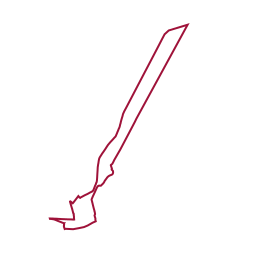 the district of Maadi, Al Qahirah, Egypt, rotated 301°
{"feature_id": "37247803B90563077233192", "entity_name": "Maadi", "entity_type": "district", "adm_level": 2, "iso_a3": "EGY", "parent_name": "Egypt", "parent_adm1": "Al Qahirah", "projection": "equal_earth", "projection_center": [31.283, 29.963], "detail": "fine", "context": "isolated", "style": "outline", "palette": "rose", "viewbox_px": 256, "rotation_deg": 301, "n_neighbors": 0, "source": "geoboundaries", "source_scale": "gbopen_adm2", "svg_char_len": 4428}
<svg xmlns="http://www.w3.org/2000/svg" viewBox="0 0 256 256"><g transform="rotate(301 128 128)"><path d="M8.8,125.8L9.5,126.5L13.0,133.1L16.7,137.3L20.4,141.3L23.7,143.7L28.7,146.5L31.4,148.4L31.5,148.3L32.7,147.2L33.6,146.7L33.9,146.4L34.3,146.0L34.7,145.5L34.8,145.3L35.0,145.2L35.9,144.3L37.0,144.2L37.3,144.1L38.1,143.4L38.8,142.8L39.3,142.3L39.4,142.1L39.6,142.0L39.8,141.8L39.9,141.7L40.0,141.6L40.2,141.4L40.3,141.3L40.5,141.1L40.8,140.8L41.1,140.4L41.5,140.0L41.8,139.7L42.3,139.2L43.0,138.5L43.7,137.8L44.3,137.2L44.8,136.7L45.3,136.3L45.6,135.9L46.1,135.4L46.4,135.2L46.9,134.6L47.1,134.4L47.4,134.1L47.6,133.9L47.8,133.7L48.0,133.6L48.4,133.5L49.0,133.4L49.7,133.3L50.0,133.3L51.0,133.1L52.1,133.0L53.1,132.9L55.0,132.7L56.1,132.6L59.3,132.2L61.5,132.0L61.8,132.0L62.0,132.1L62.4,132.1L62.6,132.2L62.8,132.2L62.9,132.3L63.0,132.4L63.2,132.5L63.3,132.6L63.5,132.7L63.6,132.8L63.7,133.0L63.8,133.0L64.5,134.4L64.6,134.5L67.1,135.1L67.3,135.2L67.8,135.3L68.2,135.3L68.7,135.4L69.3,135.4L70.3,135.3L71.2,135.3L71.7,135.4L72.1,135.4L73.1,135.5L73.8,135.6L74.6,135.6L75.1,135.7L75.7,135.8L76.2,136.0L76.5,136.1L77.2,136.4L77.8,136.8L78.3,137.1L78.6,137.4L78.9,137.6L79.3,137.9L79.7,138.2L80.2,138.4L80.8,138.5L81.1,138.5L81.5,138.4L81.8,138.3L82.1,138.2L82.4,138.0L82.7,137.8L83.0,137.6L83.4,137.2L83.6,136.9L83.6,136.7L83.7,136.4L83.8,136.1L83.8,135.7L84.0,135.4L84.3,135.2L84.6,135.1L84.9,135.1L85.1,135.0L85.2,134.8L85.5,134.4L86.8,132.9L87.2,132.5L87.3,132.4L87.6,132.4L87.9,132.5L88.1,132.7L88.5,132.8L89.2,133.0L89.8,133.0L90.9,132.9L91.6,132.9L92.4,132.8L93.1,132.7L103.6,132.5L104.0,132.5L104.9,132.5L106.9,132.4L121.3,131.6L137.0,130.7L140.2,130.4L247.2,125.9L232.6,112.7L227.2,111.1L221.8,111.4L214.1,111.9L188.7,113.4L185.0,113.6L161.4,115.0L144.5,116.0L140.1,116.2L139.6,116.3L138.5,116.4L137.1,116.6L136.3,116.9L134.9,117.3L133.6,117.6L131.7,118.1L129.6,118.7L128.2,119.2L126.9,119.5L124.8,120.2L123.7,120.4L122.5,120.5L121.4,120.7L120.2,120.9L119.3,121.0L117.6,121.3L116.0,121.5L115.3,121.6L114.5,121.7L114.4,121.7L114.2,121.7L113.8,121.6L113.1,121.4L110.9,121.0L108.9,120.6L107.1,120.2L103.5,119.6L101.8,119.5L98.4,119.4L95.0,119.2L92.6,119.0L91.6,119.0L88.5,118.9L87.3,119.0L86.5,119.2L84.8,119.8L82.2,120.9L81.8,121.0L79.9,121.8L78.9,122.2L75.7,123.9L72.6,125.5L69.4,127.2L67.0,128.4L65.4,129.0L64.6,129.0L64.4,129.1L64.1,129.1L63.9,129.2L63.6,129.3L63.4,129.3L63.1,129.4L61.7,129.5L60.1,129.8L57.7,130.2L56.8,130.3L56.7,130.3L56.2,130.3L55.8,130.2L55.7,130.2L55.4,130.1L55.2,130.0L55.0,129.9L54.9,129.8L54.8,129.7L54.7,129.7L53.3,128.8L51.0,127.5L49.9,126.8L48.6,125.9L47.3,125.1L46.1,124.4L44.6,123.5L43.8,123.0L43.7,123.0L43.7,122.9L43.5,122.7L43.4,122.4L43.5,122.3L44.1,120.5L36.1,119.6L35.0,119.4L35.2,118.3L35.4,116.7L35.6,115.9L35.7,115.7L34.8,116.4L34.0,117.3L33.1,118.2L32.9,118.5L32.4,119.0L30.4,121.2L30.3,121.3L30.0,121.7L29.8,121.8L29.7,122.0L29.3,122.4L28.8,122.9L28.3,123.4L27.8,123.9L27.3,124.4L27.3,124.5L27.2,124.6L27.0,124.8L26.9,124.9L26.8,125.0L26.7,125.1L26.6,125.3L26.5,125.5L26.4,125.5L26.3,125.8L26.2,125.8L26.0,126.0L25.8,126.1L25.6,126.2L25.3,126.4L25.2,126.5L24.9,126.7L24.8,126.8L24.7,127.0L24.4,127.2L23.1,128.0L21.8,129.0L21.6,128.8L21.5,128.5L21.3,128.2L21.2,127.9L21.0,127.7L20.9,127.4L20.6,126.9L20.4,126.4L20.1,125.9L19.8,125.4L19.5,124.9L19.3,124.4L19.0,124.0L18.7,123.5L18.3,122.7L17.9,122.0L17.5,121.3L17.2,120.6L16.7,119.8L16.6,119.5L16.3,119.0L16.2,118.8L15.8,118.2L15.5,117.5L15.4,117.4L15.3,117.2L15.0,116.5L14.6,115.9L14.2,115.0L13.8,114.2L13.5,113.7L13.3,113.2L13.1,112.9L12.9,112.5L12.8,112.4L12.4,111.7L12.1,111.0L11.8,110.5L11.5,109.9L10.9,108.9L10.2,107.6L9.9,107.9L10.0,108.1L10.1,108.3L10.2,108.5L10.3,108.6L10.4,108.8L10.5,109.0L10.6,109.3L10.7,109.5L10.8,109.8L10.9,110.0L11.0,110.3L11.2,110.5L11.3,110.8L11.3,111.0L11.5,111.3L11.5,111.5L11.6,111.8L11.6,112.0L11.7,112.3L11.8,112.5L11.8,112.8L11.9,113.1L11.9,113.4L11.9,113.5L12.0,113.8L12.0,114.3L12.1,114.7L12.2,114.9L12.2,115.1L12.2,115.3L12.3,116.2L12.4,116.6L12.5,117.0L12.5,117.4L12.6,117.8L12.7,118.3L12.8,118.8L12.9,119.8L13.0,120.3L13.1,120.8L13.2,121.3L13.3,121.8L13.3,122.0L13.5,122.3L13.4,122.3L13.2,122.4L13.1,122.5L12.8,122.6L12.6,122.8L12.4,122.8L12.2,123.0L11.9,123.1L11.6,123.3L11.4,123.3L11.2,123.5L10.9,123.6L10.7,123.7L10.6,123.8L10.4,123.9L10.4,124.0L10.2,124.2L10.1,124.3L9.9,124.5L9.7,124.7L9.6,124.8L8.9,125.7L8.8,125.8Z" fill="none" stroke="#9f1239" stroke-width="2"/></g></svg>